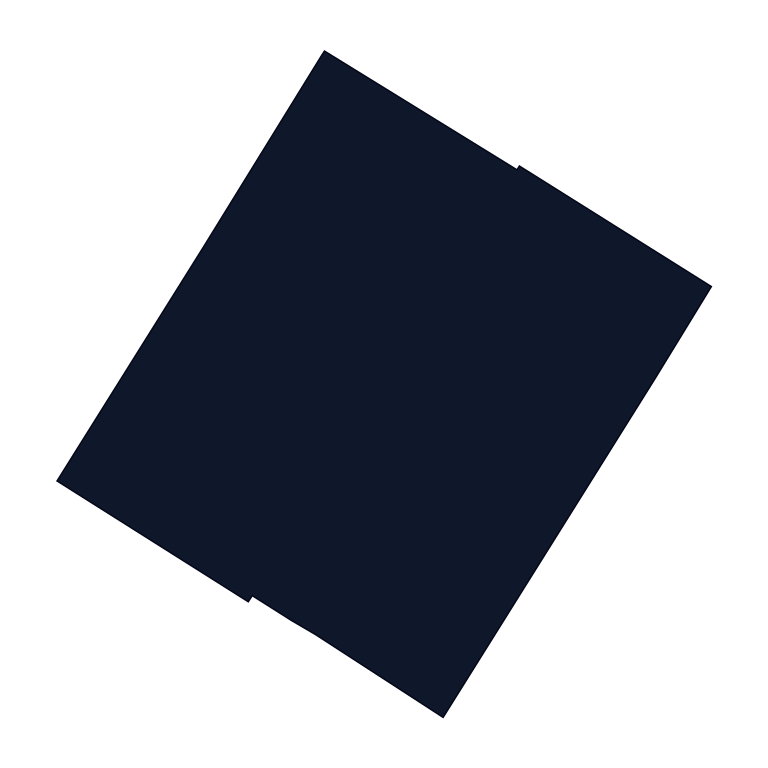 outline of Custer, Nebraska, United States of America, rotated 302°
{"feature_id": "52423323B7268339406067", "entity_name": "Custer", "entity_type": "district", "adm_level": 2, "iso_a3": "USA", "parent_name": "United States of America", "parent_adm1": "Nebraska", "projection": "orthographic", "projection_center": [-99.806, 41.394], "detail": "fine", "context": "isolated", "style": "filled", "palette": "ink", "viewbox_px": 768, "rotation_deg": 302, "n_neighbors": 0, "source": "geoboundaries", "source_scale": "gbopen_adm2", "svg_char_len": 351}
<svg xmlns="http://www.w3.org/2000/svg" viewBox="0 0 768 768"><g transform="rotate(302 384 384)"><path d="M128.5,158.1L127.4,384.3L134.7,384.4L134.4,430.9L135.2,458.4L132.6,610.8L139.4,610.8L532.5,611.0L640.1,610.0L640.6,383.3L636.1,383.3L634.8,157.1L630.0,157.0L403.5,158.3L128.5,158.1Z" fill="#0f172a" stroke="#020617" stroke-width="1.5"/></g></svg>